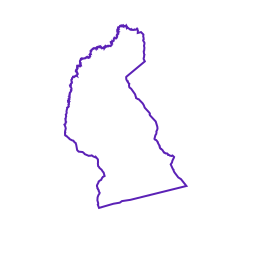 outline of Bia East, Western, Ghana, rotated 225°
{"feature_id": "2480657B75704309897075", "entity_name": "Bia East", "entity_type": "district", "adm_level": 2, "iso_a3": "GHA", "parent_name": "Ghana", "parent_adm1": "Western", "projection": "mercator", "projection_center": [-2.892, 6.825], "detail": "fine", "context": "isolated", "style": "outline", "palette": "violet", "viewbox_px": 256, "rotation_deg": 225, "n_neighbors": 0, "source": "geoboundaries", "source_scale": "gbopen_adm2", "svg_char_len": 6001}
<svg xmlns="http://www.w3.org/2000/svg" viewBox="0 0 256 256"><g transform="rotate(225 128 128)"><path d="M198.7,116.8L198.0,116.4L197.5,116.7L195.8,115.9L195.3,115.3L195.3,114.7L194.9,114.6L195.0,114.3L194.3,113.8L194.3,113.3L194.0,112.8L194.1,111.9L193.3,111.1L193.3,110.6L192.9,110.5L192.7,110.0L192.4,109.9L192.2,109.0L191.9,109.2L191.0,108.6L191.0,108.3L190.8,107.7L190.5,107.6L190.5,107.2L190.3,107.3L189.7,106.9L189.5,106.5L190.3,106.4L189.8,105.6L189.8,104.9L189.3,104.5L188.7,104.6L188.6,104.3L188.2,104.6L188.2,104.4L187.6,104.2L187.3,103.6L186.6,103.2L186.6,102.9L186.8,102.7L186.7,102.4L185.2,101.5L185.0,100.6L185.4,100.1L185.4,99.2L184.7,98.8L184.3,97.8L183.1,96.1L182.1,95.4L181.6,94.4L181.5,93.5L180.0,92.6L179.6,91.7L178.9,90.9L178.8,90.1L178.0,89.8L177.8,89.4L177.1,89.0L176.8,88.6L176.0,88.5L175.8,87.4L175.2,86.8L175.4,85.5L173.4,84.7L171.7,83.7L170.7,82.0L169.6,80.5L169.1,80.4L168.9,79.8L168.3,79.2L167.4,78.8L167.4,78.5L166.7,78.4L165.5,78.9L164.1,78.8L163.0,79.1L162.4,78.9L161.0,79.0L158.4,79.9L157.7,80.4L155.6,80.1L154.5,80.4L152.9,79.6L148.6,76.6L148.1,76.4L146.2,76.4L143.1,78.9L140.9,79.1L140.2,78.9L136.0,80.6L135.4,81.5L134.7,82.1L134.3,83.0L132.5,83.3L129.4,84.6L129.5,84.7L127.1,84.5L125.0,82.6L124.1,81.5L122.1,79.9L120.7,79.9L120.1,79.6L117.1,79.8L115.0,79.3L113.8,79.3L110.6,77.5L111.2,75.6L110.9,73.9L110.3,72.4L110.8,70.7L110.9,69.3L110.5,68.9L109.4,65.5L108.4,64.6L107.6,64.4L106.9,63.7L106.4,63.8L105.7,63.3L105.1,63.4L104.4,63.1L103.8,62.5L102.3,62.2L101.8,61.4L101.5,59.7L100.5,57.5L99.1,55.9L98.5,55.2L96.3,54.0L95.3,53.2L95.2,52.5L92.0,51.0L84.7,64.2L81.0,69.4L80.6,72.0L75.5,78.9L45.7,128.3L54.4,129.3L57.5,128.6L63.9,129.5L65.9,130.2L66.3,130.7L67.3,130.7L72.1,132.5L72.5,134.7L73.5,136.3L74.6,139.6L74.9,140.1L77.1,140.0L77.5,138.9L78.0,138.7L78.8,138.1L79.7,138.0L80.5,137.4L80.7,137.7L82.3,137.7L83.1,136.8L83.6,136.8L84.1,136.4L85.1,136.4L85.3,136.1L88.2,136.8L89.0,136.6L89.7,136.8L90.1,136.4L91.0,136.4L91.7,136.9L92.4,137.0L92.5,137.4L93.3,137.9L93.9,137.9L96.3,138.6L96.7,139.0L97.0,138.9L97.6,139.2L99.5,139.4L100.6,138.9L101.6,139.0L103.5,142.2L103.8,143.7L104.8,145.1L105.5,145.6L106.1,147.4L106.7,148.4L108.1,149.6L113.0,152.2L121.3,152.5L122.2,152.8L122.5,153.5L123.5,153.9L130.6,154.2L133.0,155.3L135.1,155.8L140.9,155.9L141.5,155.4L143.6,154.9L144.4,155.6L145.5,156.0L145.9,156.4L147.1,156.9L153.6,158.0L155.5,157.7L156.0,157.8L157.6,159.0L158.4,160.2L159.3,160.1L160.5,160.4L161.0,160.8L161.2,160.5L163.4,161.1L164.2,161.7L165.3,162.7L165.4,163.1L163.2,187.0L165.6,187.8L166.3,188.4L166.9,189.7L167.6,190.3L168.2,191.5L169.0,191.7L171.2,193.4L171.2,194.0L173.2,196.4L174.8,197.4L175.5,198.6L176.3,199.6L176.8,200.0L178.9,200.5L179.4,200.8L179.6,201.8L181.2,203.1L181.9,203.4L183.2,205.0L186.6,205.0L188.3,202.1L189.9,203.9L190.3,203.9L191.3,204.6L191.7,204.3L191.9,204.4L191.9,203.4L192.4,202.5L192.7,202.2L193.1,202.2L193.4,201.3L194.0,200.7L194.3,200.7L195.1,199.7L195.6,199.6L195.8,199.8L195.9,199.5L196.1,199.6L196.5,199.1L198.9,198.8L199.1,198.3L199.5,198.5L199.5,198.3L199.8,198.4L200.0,198.7L200.4,198.6L200.8,198.8L200.6,198.4L201.5,198.9L201.9,198.7L201.7,198.2L201.9,198.4L202.1,197.8L202.5,197.9L203.2,197.1L204.1,197.2L204.1,196.5L203.7,196.3L204.1,196.2L204.1,195.9L204.8,196.0L204.8,195.7L204.6,195.8L204.6,195.4L205.3,195.1L205.6,195.2L205.8,194.8L205.3,194.5L205.5,194.3L205.8,193.0L205.3,192.6L205.2,192.0L205.4,191.9L205.2,191.8L205.1,191.3L205.4,191.3L205.1,191.0L205.2,190.4L204.8,190.4L204.6,189.8L204.3,190.1L204.3,189.8L203.9,189.7L203.6,189.8L203.4,189.6L203.2,189.6L203.0,189.4L203.1,189.1L202.8,189.2L202.9,188.9L202.6,189.0L202.3,188.6L202.8,188.4L202.6,188.0L202.2,188.2L201.7,187.9L201.9,187.6L201.4,187.1L201.4,186.9L201.6,186.9L201.3,186.2L201.7,186.5L201.8,186.1L201.3,185.7L201.2,185.2L200.2,184.9L200.0,184.4L199.7,183.2L199.8,182.8L200.3,182.5L201.2,182.6L201.5,182.3L201.0,180.9L199.8,179.6L200.0,178.8L200.0,178.1L200.5,178.1L200.3,177.8L200.6,177.7L201.0,176.6L200.3,176.2L199.3,176.3L199.3,176.0L198.8,176.0L198.9,175.6L198.2,174.9L198.4,174.2L198.2,173.6L199.7,172.7L199.9,172.4L199.6,171.9L199.8,171.6L200.2,171.7L200.4,171.3L200.6,171.3L200.6,171.1L200.8,170.3L201.0,170.4L201.1,170.1L201.6,170.1L201.5,169.9L201.7,169.7L201.1,168.5L201.3,168.2L201.2,167.8L201.6,168.1L201.5,167.7L201.7,167.8L201.8,167.6L202.1,167.6L201.9,167.0L202.2,166.8L202.6,166.8L202.9,166.5L202.9,166.0L204.1,166.2L204.1,165.6L204.4,165.4L204.7,165.5L204.8,165.3L205.2,165.3L205.1,165.2L205.4,165.0L205.5,165.2L205.6,164.8L206.1,164.7L206.2,164.0L206.8,164.0L207.1,163.4L206.5,162.8L206.8,162.8L206.8,162.5L207.0,162.4L206.6,161.5L206.9,161.6L207.4,161.4L207.3,161.2L207.8,161.0L208.3,159.9L208.7,160.1L209.0,159.1L208.7,158.2L209.1,157.6L208.9,157.3L208.9,156.5L208.4,156.2L208.6,155.9L208.3,155.8L208.3,155.5L207.3,154.5L207.3,154.2L206.8,154.0L207.1,153.8L207.1,153.3L206.7,153.2L206.8,152.7L206.5,152.7L205.9,152.1L205.4,152.0L205.3,151.7L205.6,151.0L205.1,150.5L205.6,149.5L206.4,149.2L206.7,149.5L207.0,149.2L207.3,149.3L207.7,147.6L207.4,147.4L207.7,146.7L208.3,146.2L208.4,145.8L209.2,145.2L209.1,144.8L210.0,144.6L210.3,143.7L209.5,143.0L209.7,142.3L209.3,141.3L208.4,140.5L207.4,140.5L207.3,139.5L206.7,139.4L206.6,139.6L205.5,139.0L205.7,138.8L205.4,138.6L205.5,138.4L205.8,138.5L205.9,138.3L205.5,137.7L206.2,137.1L206.3,137.3L206.7,137.3L207.1,136.8L207.3,137.0L208.0,136.1L206.8,134.7L206.5,134.6L206.0,134.7L205.9,134.4L205.7,134.3L205.5,133.6L205.8,133.4L205.9,132.8L205.8,132.6L205.4,132.5L205.5,132.0L205.0,131.9L205.1,131.7L204.9,131.3L204.5,131.5L203.9,131.1L203.6,131.4L202.8,130.9L202.4,131.0L202.2,130.6L201.8,130.7L201.6,130.5L201.4,128.7L201.1,128.6L201.8,128.4L202.0,127.9L201.8,127.6L201.8,127.3L202.4,126.5L202.2,126.0L203.1,125.6L203.2,125.4L202.7,124.9L202.8,123.6L202.0,122.7L202.1,122.0L201.2,121.2L200.2,120.9L200.2,120.6L199.6,120.2L199.7,118.9L199.0,118.3L199.2,117.9L198.8,117.6L198.5,117.6L198.3,117.3L198.3,117.1L198.7,116.8Z" fill="none" stroke="#5b21b6" stroke-width="2"/></g></svg>